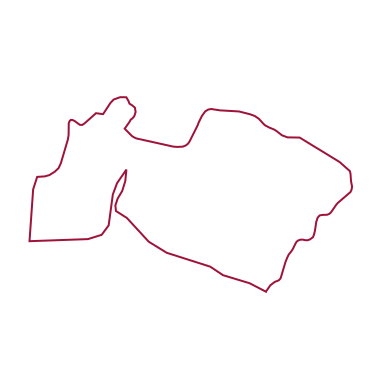 the Province of Samut Prakan, rotated 9°
{"feature_id": "THA-422", "entity_name": "Samut Prakan", "entity_type": "Province", "adm_level": 1, "iso_a3": "THA", "parent_name": "Thailand", "parent_adm1": "", "projection": "robinson", "projection_center": [100.716, 13.596], "detail": "fine", "context": "isolated", "style": "outline", "palette": "rose", "viewbox_px": 384, "rotation_deg": 9, "n_neighbors": 0, "source": "natural_earth", "source_scale": "10m", "svg_char_len": 1605}
<svg xmlns="http://www.w3.org/2000/svg" viewBox="0 0 384 384"><g transform="rotate(9 192 192)"><path d="M280.6,278.9L263.2,273.1L235.6,269.3L221.7,262.9L176.6,256.0L157.1,247.9L131.7,227.8L119.9,222.7L118.4,217.2L119.6,210.1L122.9,201.9L124.4,191.7L123.7,180.1L116.6,195.0L114.2,206.8L114.9,238.0L109.5,248.4L96.6,254.8L39.2,266.0L34.7,214.3L36.7,201.3L44.2,199.6L48.5,197.6L53.2,193.5L56.5,189.3L58.0,183.9L61.2,159.5L61.2,154.9L59.5,143.3L60.1,140.9L61.1,139.7L62.8,139.6L64.9,140.2L70.7,143.2L73.1,142.9L75.1,141.1L80.2,134.9L84.8,129.2L92.0,129.0L97.4,117.0L100.2,112.9L106.2,109.6L112.3,108.7L115.0,112.0L116.4,114.5L119.4,115.8L122.4,117.6L123.8,121.8L123.1,126.3L121.6,128.6L120.1,130.2L119.4,132.3L115.6,140.0L123.9,146.1L126.5,147.2L128.7,147.8L166.4,150.1L170.3,149.8L175.9,148.6L178.6,147.0L180.5,144.9L181.6,142.7L187.2,125.1L187.7,122.4L189.9,115.3L192.5,110.2L195.2,108.0L198.1,107.0L206.7,107.0L225.7,105.1L236.9,106.1L242.1,107.1L246.7,109.3L251.9,113.5L253.7,114.7L258.4,116.3L263.5,117.5L265.8,118.5L271.9,121.9L277.8,123.1L289.8,121.4L333.1,139.3L344.7,146.7L345.7,149.2L347.4,156.5L349.3,161.8L349.2,164.9L348.5,167.3L338.1,179.5L336.7,181.5L332.5,190.3L331.1,192.1L329.1,193.3L324.1,194.3L321.7,195.2L320.1,197.8L319.4,202.1L319.5,210.8L319.2,214.8L318.6,217.6L317.2,219.1L315.6,220.6L313.6,221.6L311.3,221.9L308.9,221.7L306.6,222.1L304.7,223.1L303.1,224.7L302.2,227.0L300.6,232.3L299.6,234.6L297.3,238.7L296.3,242.0L295.3,246.4L293.1,262.8L292.9,263.6L292.3,264.5L291.5,265.7L287.9,267.8L284.0,271.8L280.6,278.8L280.6,278.9Z" fill="none" stroke="#9f1239" stroke-width="2"/></g></svg>